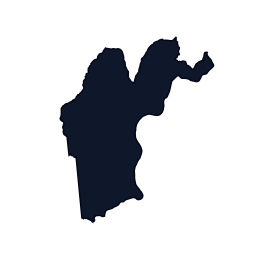 Solita, Caquetá, Colombia, rotated 283°
{"feature_id": "7082276B92515443610451", "entity_name": "Solita", "entity_type": "district", "adm_level": 2, "iso_a3": "COL", "parent_name": "Colombia", "parent_adm1": "Caquetá", "projection": "orthographic", "projection_center": [-75.617, 0.89], "detail": "fine", "context": "isolated", "style": "filled", "palette": "ink", "viewbox_px": 256, "rotation_deg": 283, "n_neighbors": 0, "source": "geoboundaries", "source_scale": "gbopen_adm2", "svg_char_len": 5847}
<svg xmlns="http://www.w3.org/2000/svg" viewBox="0 0 256 256"><g transform="rotate(283 128 128)"><path d="M30.1,103.3L30.5,104.1L29.8,104.4L29.7,104.5L29.6,104.8L30.5,105.0L30.4,105.6L30.4,106.2L30.3,106.6L30.6,107.2L30.6,107.7L30.7,107.9L30.6,108.6L30.9,109.5L30.4,109.4L30.3,109.6L30.1,111.0L29.7,112.2L29.7,113.8L29.6,114.2L29.5,114.4L29.2,114.4L28.7,114.1L28.4,114.9L29.1,115.0L29.3,115.8L30.1,116.2L30.6,116.2L30.9,116.1L30.9,115.9L30.8,115.4L31.0,115.4L33.9,115.4L34.3,115.6L34.9,116.1L35.5,116.8L36.4,119.7L36.5,120.8L36.4,121.5L36.2,122.0L36.1,122.8L36.3,123.7L36.8,124.9L38.4,124.7L41.0,124.7L41.7,124.8L43.3,125.8L44.2,127.0L46.1,130.5L47.6,131.7L49.2,134.0L50.4,135.3L51.4,136.0L53.4,136.8L54.4,137.6L54.8,138.3L54.9,139.4L55.1,140.0L55.4,140.4L56.8,141.2L57.9,142.3L58.8,143.8L58.9,144.1L60.7,147.0L61.1,148.0L61.5,148.6L61.6,149.5L61.6,150.8L61.5,151.3L60.8,152.4L60.5,153.4L60.5,154.0L60.7,154.5L61.0,155.4L61.5,156.1L62.3,157.0L63.0,157.4L63.4,157.6L64.5,157.7L65.4,157.7L65.8,157.5L66.6,157.0L68.4,155.5L69.4,154.1L71.5,151.8L72.6,150.3L74.2,148.6L75.1,147.9L76.7,147.3L77.3,146.9L80.6,145.6L83.7,144.9L87.3,143.8L89.0,143.6L91.2,143.6L92.0,143.6L94.3,144.2L97.0,144.6L99.3,145.3L100.3,145.8L101.7,146.3L106.0,146.7L108.2,146.7L109.0,146.5L109.7,146.2L112.1,144.8L114.2,143.0L114.9,142.3L116.1,140.9L117.5,139.6L117.9,139.1L120.3,137.4L123.5,136.4L125.7,135.9L128.1,135.9L129.3,135.5L130.7,135.4L133.8,135.5L135.7,136.0L138.3,137.0L141.7,139.0L142.6,139.7L143.4,140.6L145.8,144.0L146.3,145.3L146.5,146.5L146.6,151.6L146.7,152.7L147.2,154.5L147.9,155.5L148.7,156.4L149.9,157.1L151.3,157.8L153.9,158.1L156.8,157.9L158.3,157.7L160.1,157.0L161.9,156.6L163.8,156.7L164.8,157.0L165.4,157.3L165.9,158.1L166.4,158.6L166.7,158.8L167.3,159.0L168.7,159.3L170.9,159.7L171.6,159.9L174.0,160.1L182.5,160.0L183.9,160.3L187.8,162.7L189.6,164.0L190.2,164.6L190.4,165.7L190.3,166.3L189.9,166.9L189.4,167.4L188.9,168.3L188.7,168.9L188.7,169.7L189.4,173.1L189.4,176.3L189.1,177.3L188.6,178.0L188.5,180.1L188.6,182.0L188.6,184.3L188.9,185.1L189.4,185.9L189.8,186.3L190.5,186.7L193.1,187.5L195.4,187.9L196.6,188.6L197.4,189.9L198.2,191.7L198.7,192.3L200.6,193.1L202.6,194.1L203.9,195.1L205.0,195.7L206.0,196.6L207.7,197.3L208.2,197.3L208.9,197.0L209.3,196.7L210.3,195.5L212.1,194.2L212.8,193.8L213.4,193.1L214.7,191.1L216.5,189.0L217.7,188.3L218.7,188.1L219.4,188.2L219.4,187.4L219.3,186.8L218.9,186.3L218.5,185.9L217.6,185.7L215.8,185.8L214.7,186.0L214.0,185.8L213.5,185.8L213.2,185.6L212.9,185.7L212.3,185.5L212.0,185.5L211.9,185.7L211.6,185.7L211.4,186.1L211.2,186.0L210.9,186.2L210.4,185.8L210.4,185.4L210.3,185.0L209.0,183.1L208.0,181.9L207.6,181.7L206.9,181.0L206.3,180.7L205.6,180.0L199.3,178.5L199.7,178.4L199.8,178.2L199.8,177.6L199.9,176.9L200.4,176.3L200.6,175.8L200.9,175.3L201.4,174.9L201.6,174.1L202.3,173.0L202.3,172.7L202.1,172.0L202.2,171.4L203.9,170.1L205.3,169.4L205.6,168.8L205.6,166.7L205.3,165.9L204.6,165.0L204.4,164.5L204.5,163.5L204.4,163.1L203.9,162.3L203.8,162.0L204.0,161.5L204.8,160.8L205.0,160.1L205.2,159.0L205.4,158.6L205.8,158.4L206.2,158.3L206.9,158.7L207.4,159.6L208.0,159.8L209.3,159.9L210.5,160.3L210.9,161.3L211.3,161.4L213.3,160.1L214.3,159.7L215.7,160.0L216.9,160.0L217.5,160.1L217.9,159.9L218.2,159.5L218.3,158.3L219.7,158.1L221.7,157.0L222.4,157.0L222.9,156.9L223.8,155.1L225.3,154.9L227.0,154.5L227.6,154.6L224.5,152.7L223.1,151.7L222.5,149.6L222.4,147.6L222.0,144.9L221.6,144.1L221.5,143.8L221.7,142.4L221.8,142.1L222.1,141.7L222.1,141.3L221.6,140.8L221.5,140.1L220.9,139.2L220.4,138.6L219.9,138.2L219.2,137.5L218.7,136.5L218.0,135.8L217.7,135.1L217.2,134.5L216.6,134.1L215.7,134.0L214.9,133.3L214.2,132.4L213.2,131.7L211.1,130.5L209.3,129.8L206.6,129.5L206.2,129.1L205.4,128.7L204.4,128.6L200.7,127.3L199.0,126.0L198.3,125.8L197.4,125.8L196.3,126.1L195.2,126.2L193.2,125.7L192.3,125.7L191.8,125.9L190.8,125.9L189.8,125.7L188.2,125.7L187.2,125.6L185.2,125.9L182.2,124.8L181.5,124.4L180.2,123.9L177.9,124.0L177.2,123.8L175.1,123.8L173.4,123.9L173.5,123.4L173.4,122.9L173.5,121.5L173.9,120.5L174.4,120.1L175.0,119.6L176.2,118.1L177.6,116.9L178.9,116.5L182.8,115.7L183.5,115.1L184.2,114.0L185.1,113.5L187.1,111.9L188.2,111.3L190.7,110.5L191.6,110.1L193.0,108.8L194.1,108.2L195.6,107.9L196.8,107.5L200.8,105.3L201.7,104.4L202.3,103.6L202.9,102.2L202.9,100.6L202.6,99.4L202.0,98.3L202.0,96.3L201.9,95.7L201.2,94.5L201.0,93.4L200.7,88.8L200.6,88.3L200.7,88.0L199.1,87.5L197.8,86.7L197.0,86.8L196.0,86.5L195.5,86.3L194.8,85.5L193.9,83.9L193.3,83.4L192.4,83.2L191.6,82.6L190.3,82.5L188.7,82.6L188.0,82.3L187.6,81.8L187.4,81.1L187.0,80.3L185.6,79.2L184.6,78.5L183.0,77.9L182.2,77.4L181.8,77.7L181.3,77.7L180.8,77.5L180.3,77.1L180.0,77.0L179.5,76.6L179.1,76.6L178.8,76.8L178.3,76.7L178.1,76.7L177.6,76.1L177.1,75.9L176.5,76.3L175.5,76.2L174.7,76.3L173.9,77.2L173.4,77.4L172.8,77.2L172.1,76.0L171.5,75.3L171.0,75.2L170.5,75.3L170.0,75.7L169.4,75.5L169.1,75.2L168.7,74.9L168.4,74.9L167.5,75.4L166.7,75.5L165.4,75.0L164.4,74.3L163.8,74.2L163.1,74.3L161.3,74.7L160.9,74.7L160.3,74.4L159.7,74.4L157.9,75.7L157.3,76.0L156.5,76.1L156.3,76.1L155.5,75.7L154.6,75.5L153.9,75.1L152.4,74.5L151.5,73.7L149.7,73.0L149.3,72.6L149.2,71.7L148.4,71.6L146.8,70.7L145.7,70.6L144.1,69.9L143.4,69.3L143.2,68.7L142.9,68.3L142.2,67.7L140.9,67.2L140.7,66.5L140.3,65.9L138.4,64.0L137.6,62.2L136.8,61.4L136.1,61.0L135.1,60.0L134.4,59.6L133.1,59.0L132.1,58.7L131.1,58.8L129.7,59.3L128.1,59.5L126.6,60.0L125.5,60.1L123.6,60.1L122.4,59.9L121.8,59.8L120.2,61.3L120.0,62.1L119.9,62.9L119.3,64.0L118.3,64.5L115.5,64.4L114.3,64.2L113.5,64.5L112.9,65.2L111.3,65.7L110.1,65.7L108.9,66.1L107.3,67.2L106.0,70.3L105.8,70.6L88.1,76.7L88.3,76.9L88.9,77.1L89.0,77.3L89.1,77.5L89.5,77.8L89.3,78.2L88.6,78.9L88.5,80.0L88.7,81.0L88.1,81.8L87.8,81.9L87.5,82.3L87.4,83.5L87.6,84.3L87.1,84.3L30.1,103.3Z" fill="#0f172a" stroke="#020617" stroke-width="1.5"/></g></svg>